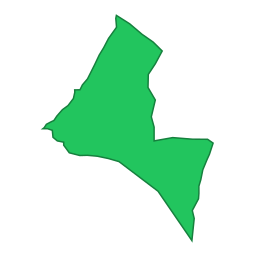 the district of Tserkezoi, Cyprus
{"feature_id": "46923920B77369159713494", "entity_name": "Tserkezoi", "entity_type": "district", "adm_level": 2, "iso_a3": "CYP", "parent_name": "Cyprus", "parent_adm1": "", "projection": "mercator", "projection_center": [32.988, 34.647], "detail": "fine", "context": "isolated", "style": "filled", "palette": "green", "viewbox_px": 256, "rotation_deg": 0, "n_neighbors": 0, "source": "geoboundaries", "source_scale": "gbopen_adm2", "svg_char_len": 851}
<svg xmlns="http://www.w3.org/2000/svg" viewBox="0 0 256 256"><path d="M191.9,240.6L194.2,218.5L192.3,210.5L198.5,198.8L198.9,193.5L198.9,186.1L200.8,179.7L202.8,169.8L207.1,159.4L209.4,154.4L213.1,143.1L212.1,142.4L207.6,139.3L192.5,139.2L172.7,137.6L154.1,140.9L154.1,127.1L151.3,116.8L155.3,100.0L148.0,87.5L148.3,74.4L155.3,63.8L162.2,51.0L153.2,42.1L141.9,34.2L129.8,23.9L124.5,20.5L116.4,15.4L115.8,18.4L116.4,25.6L116.5,27.3L109.2,37.5L108.6,38.3L103.7,47.7L99.3,54.9L94.5,65.0L87.5,78.9L82.4,84.9L80.0,89.8L74.7,89.9L74.8,92.3L73.4,98.5L68.0,105.6L62.4,109.7L56.9,116.0L53.9,120.5L51.1,121.8L46.4,124.3L44.2,127.7L42.9,128.7L47.5,128.7L52.3,130.3L53.0,137.3L57.3,140.9L63.7,142.2L63.7,145.2L69.3,152.8L79.8,155.5L87.3,155.3L97.3,156.2L108.3,158.5L119.0,161.6L158.0,191.2L191.9,240.6Z" fill="#22c55e" stroke="#15803d" stroke-width="1.5"/></svg>